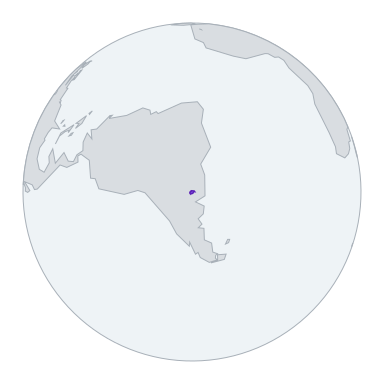 Artigas highlighted on a globe, orthographic projection, rotated 320°
{"feature_id": "URY-6", "entity_name": "Artigas", "entity_type": "Department", "adm_level": 1, "iso_a3": "URY", "parent_name": "Uruguay", "parent_adm1": "", "projection": "orthographic", "projection_center": [-56.902, -30.588], "detail": "fine", "context": "on_globe", "style": "filled", "palette": "violet", "viewbox_px": 384, "rotation_deg": 320, "n_neighbors": 0, "source": "natural_earth", "source_scale": "10m", "svg_char_len": 3908}
<svg xmlns="http://www.w3.org/2000/svg" viewBox="0 0 384 384"><g transform="rotate(320 192 192)"><circle cx="192" cy="192" r="169" fill="#eef3f6" stroke="#a8b0b8"/><path d="M146.2,29.4L150.6,28.2L148.9,28.9L150.6,29.1L154.0,28.0L153.9,27.5L160.7,26.0L160.2,26.1L173.6,24.0L175.4,23.9L177.5,23.7L181.7,23.4L184.0,23.5L194.0,24.0L194.2,24.4L186.1,25.3L174.2,26.0L163.6,28.9L176.4,26.3L176.6,28.0L179.1,28.2L182.5,27.9L184.7,27.1L186.1,27.8L174.0,30.2L172.6,29.6L176.4,28.7L170.8,29.2L162.7,31.6L163.5,32.8L150.4,36.6L150.7,37.6L148.1,39.3L148.4,37.3L147.6,41.2L132.4,49.3L131.1,58.7L126.0,52.9L120.2,53.9L113.1,56.4L112.7,57.8L103.8,60.2L94.6,67.0L89.6,76.5L91.4,81.8L101.4,77.9L105.2,72.8L113.1,69.4L105.8,82.1L119.3,79.5L117.0,88.8L120.7,92.5L127.8,89.5L135.0,90.2L140.7,83.8L149.7,79.5L149.4,87.0L154.7,79.5L159.5,82.5L177.6,80.8L176.1,82.6L191.3,91.4L208.4,96.0L212.4,102.3L210.3,106.0L216.3,107.5L216.4,110.1L241.1,117.1L254.1,126.3L253.9,135.9L243.5,145.3L235.1,169.7L216.6,176.2L212.7,187.1L199.5,203.3L188.3,201.8L192.3,210.6L186.6,216.0L179.5,216.5L179.0,223.0L173.8,223.4L177.8,227.5L170.7,236.6L174.2,243.7L169.3,251.4L171.9,255.7L169.5,255.7L167.4,257.7L167.7,260.2L160.0,257.0L156.2,247.5L157.8,242.2L154.7,241.9L158.0,228.9L155.1,231.8L153.3,214.2L156.2,199.7L155.5,162.4L151.5,156.0L138.5,150.2L122.7,129.7L126.4,119.6L123.2,116.2L133.7,101.7L131.3,91.7L127.7,91.0L123.9,95.8L111.9,92.7L108.3,86.5L75.4,90.3L72.9,88.9L74.2,83.8L70.4,76.5L68.7,86.7L65.9,86.7L64.9,84.2L67.2,81.6L68.9,77.1L67.3,78.1L68.5,76.7L77.9,67.4L87.9,58.9L98.6,51.2L109.8,44.4L121.5,38.4L133.7,33.4L146.2,29.4ZM129.5,62.5L144.9,64.6L135.4,67.0L137.4,65.6L133.6,64.2L126.4,64.0L118.2,67.4L129.5,62.5ZM138.1,55.1L135.3,55.3L138.1,54.7L138.1,55.1ZM173.4,264.4L160.9,258.5L167.7,260.9L171.2,256.5L178.2,261.5L173.4,264.4ZM184.2,253.4L188.9,251.2L190.4,252.5L187.5,254.3L184.2,253.4ZM300.0,62.1L302.7,65.3L299.1,63.3L292.5,58.7L283.1,50.3L291.8,55.7L300.0,62.1ZM355.9,233.2L353.1,242.4L350.9,243.6L346.1,254.7L344.2,254.4L340.8,260.1L336.4,263.3L331.0,264.1L327.3,255.5L331.0,249.6L335.2,234.7L342.6,203.6L347.8,194.3L349.1,184.8L346.0,159.4L347.0,150.2L345.1,144.2L341.9,142.0L339.2,135.0L336.9,132.9L319.0,124.6L311.0,114.5L295.4,90.7L296.8,84.9L292.6,76.6L298.5,63.1L304.8,67.6L313.0,74.0L321.2,83.2L328.8,92.8L335.6,103.0L341.7,113.7L347.0,124.8L351.5,136.3L355.1,148.0L357.9,160.0L359.8,172.1L360.8,184.4L360.9,196.7L360.1,209.0L358.4,221.1L355.9,233.2ZM302.4,71.7L303.6,73.7L303.6,73.8L302.4,71.7ZM178.2,80.7L180.3,82.0L177.4,82.2L178.2,80.7ZM133.7,70.0L137.2,69.4L138.9,70.1L136.1,71.0L133.7,70.0ZM163.6,65.6L167.8,65.8L163.3,66.7L163.6,65.6ZM147.4,64.9L160.3,65.7L151.7,68.7L143.6,68.4L149.4,66.9L147.4,64.9ZM135.7,58.8L137.7,58.7L136.9,60.0L135.7,58.8ZM140.1,54.7L139.2,55.0L138.3,54.3L140.1,54.7ZM177.3,27.9L178.3,27.7L181.6,27.6L179.8,28.0L177.3,27.9ZM198.1,26.2L199.8,27.3L197.3,26.6L195.0,27.1L187.0,26.5L193.9,24.6L192.2,25.4L198.1,26.2ZM178.2,25.8L182.5,26.0L177.6,25.9L178.2,25.8ZM282.5,334.4L279.0,336.5L280.7,335.4L282.5,334.4ZM342.3,269.2L340.7,272.2L342.4,268.2L346.1,260.7L349.8,252.3L342.3,269.2Z" fill="#d9dde1" stroke="#a8b0b8" stroke-width="1"/><path d="M190.2,190.8L190.3,190.9L190.3,191.0L190.6,191.1L190.8,191.1L191.0,191.1L191.3,191.1L191.3,190.9L191.4,190.7L191.5,190.6L191.8,190.6L192.0,190.6L192.3,190.6L192.5,190.9L192.7,191.0L192.8,191.1L193.0,191.3L193.2,191.5L193.3,191.6L193.5,191.8L193.7,192.0L193.8,192.1L194.0,192.3L194.1,192.5L194.3,192.6L194.3,192.8L194.3,193.0L194.2,193.0L194.2,193.4L194.0,193.2L193.9,193.1L193.4,192.9L193.2,192.9L193.1,193.0L192.9,193.1L192.7,193.2L192.6,193.3L192.4,193.4L192.0,193.3L191.9,193.3L191.7,193.4L191.4,193.4L191.2,193.2L190.7,193.0L190.6,192.9L190.4,192.8L190.2,192.8L190.2,192.7L189.9,192.5L189.7,192.6L189.7,192.4L189.6,192.2L189.5,191.9L189.6,191.7L190.1,191.2L190.1,190.9L190.2,190.8Z" fill="#8b5cf6" stroke="#5b21b6" stroke-width="1.5"/></g></svg>